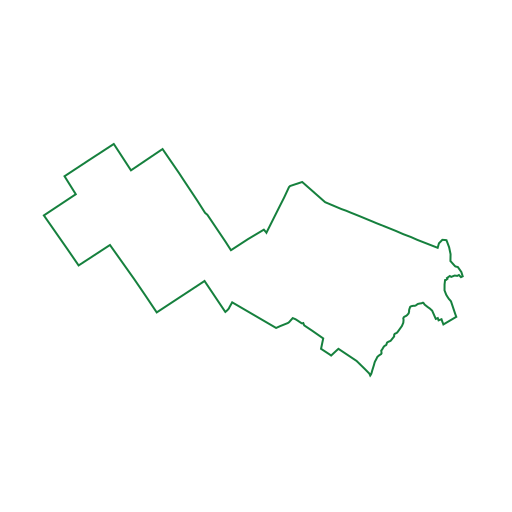 Saelele, Teleorman, Romania (Albers equal-area conic projection), rotated 255°
{"feature_id": "2599482B33376379062775", "entity_name": "Saelele", "entity_type": "district", "adm_level": 2, "iso_a3": "ROU", "parent_name": "Romania", "parent_adm1": "Teleorman", "projection": "albers", "projection_center": [24.736, 43.872], "detail": "fine", "context": "isolated", "style": "outline", "palette": "green", "viewbox_px": 512, "rotation_deg": 255, "n_neighbors": 0, "source": "geoboundaries", "source_scale": "gbopen_adm2", "svg_char_len": 2655}
<svg xmlns="http://www.w3.org/2000/svg" viewBox="0 0 512 512"><g transform="rotate(255 256 256)"><path d="M141.4,419.3L145.4,433.7L148.9,433.4L153.7,433.1L157.1,432.9L161.8,432.6L163.2,431.9L163.3,431.9L164.6,431.2L167.3,430.3L169.4,429.7L174.0,429.2L179.8,430.8L183.8,432.4L183.7,433.5L184.4,435.0L185.3,434.8L186.5,438.0L185.3,439.2L185.7,442.8L184.7,445.3L185.1,447.1L182.5,448.5L182.9,450.4L187.4,450.2L193.1,448.1L194.3,445.9L194.9,445.5L200.8,442.5L207.4,444.4L214.4,444.8L219.6,444.3L219.8,444.3L221.1,444.1L221.9,444.1L222.2,443.6L223.4,440.2L220.9,436.0L216.9,433.6L229.9,415.9L234.2,410.6L238.9,404.0L244.0,397.6L248.3,391.9L256.7,380.6L259.2,377.4L262.1,373.6L267.4,366.7L271.0,361.9L273.3,358.8L276.4,354.8L279.2,350.7L282.7,346.2L290.1,336.7L315.5,319.8L315.5,319.4L314.8,307.1L314.0,305.7L305.3,298.4L297.5,291.4L275.8,272.1L276.1,272.0L279.4,270.4L279.0,269.0L274.4,252.7L268.3,234.0L268.1,233.3L277.5,230.3L297.6,223.4L308.4,219.7L310.8,218.0L311.7,217.7L324.1,213.8L326.8,212.9L348.8,205.5L356.1,203.1L375.0,196.4L383.5,193.4L371.1,157.4L400.5,147.8L401.0,147.6L391.5,118.5L382.6,91.7L362.3,97.9L353.1,70.5L350.1,61.6L311.5,75.6L293.7,81.9L292.8,82.2L304.0,116.5L304.4,117.8L265.1,132.4L246.0,139.1L227.2,145.5L244.9,199.0L245.2,199.8L210.4,211.7L209.9,211.9L211.0,214.2L212.3,216.2L213.3,217.0L217.4,221.0L192.6,245.6L181.6,256.5L181.3,256.8L181.9,260.5L182.0,261.0L183.0,269.4L183.5,270.8L186.5,275.4L184.7,277.8L182.5,279.8L179.4,282.5L179.0,283.0L179.0,284.3L176.5,284.6L169.2,291.0L159.0,299.6L149.5,294.8L141.9,301.6L140.4,302.8L143.9,309.4L145.0,311.6L128.6,326.0L118.3,332.1L113.0,335.1L111.0,335.4L111.5,336.0L112.3,336.8L113.7,337.7L115.1,338.5L120.0,341.6L122.6,343.1L123.6,343.9L124.5,344.8L127.2,347.2L128.2,349.3L128.9,351.5L129.1,351.7L129.6,352.1L131.5,352.4L132.2,352.5L133.0,353.6L134.4,355.0L135.1,355.7L135.9,356.9L136.2,358.4L136.5,358.9L138.1,359.9L138.5,360.3L138.9,361.7L139.1,363.4L139.3,364.2L139.9,365.0L142.1,368.0L142.5,368.6L144.0,369.0L144.9,369.8L145.1,370.9L145.2,371.9L146.0,373.2L147.4,374.9L149.2,377.1L150.6,378.8L153.4,381.0L156.1,382.0L157.6,382.1L158.5,382.8L158.9,383.5L159.3,385.5L159.8,386.7L160.3,387.4L161.0,388.5L161.8,389.0L162.7,389.5L163.9,389.8L165.0,390.4L166.3,391.3L167.0,391.8L167.3,392.9L167.2,395.0L166.8,396.5L166.9,397.5L167.1,398.2L167.4,398.8L167.8,400.0L167.7,402.3L167.5,403.3L167.6,404.5L167.7,405.2L167.3,405.6L166.5,405.9L165.4,406.3L164.2,407.2L162.3,408.6L161.0,409.7L159.9,410.6L159.3,410.9L157.6,412.0L153.1,412.7L150.4,413.1L148.7,413.4L149.0,415.5L146.6,415.7L146.9,418.8L144.1,419.0L142.6,419.2L141.4,419.3Z" fill="none" stroke="#15803d" stroke-width="2"/></g></svg>